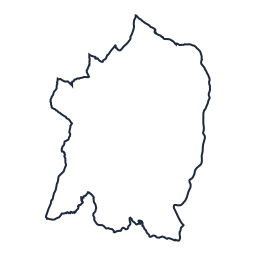 the district of Oiba, Santander, Colombia
{"feature_id": "7082276B26370830430673", "entity_name": "Oiba", "entity_type": "district", "adm_level": 2, "iso_a3": "COL", "parent_name": "Colombia", "parent_adm1": "Santander", "projection": "robinson", "projection_center": [-73.296, 6.231], "detail": "fine", "context": "isolated", "style": "outline", "palette": "slate", "viewbox_px": 256, "rotation_deg": 0, "n_neighbors": 0, "source": "geoboundaries", "source_scale": "gbopen_adm2", "svg_char_len": 5699}
<svg xmlns="http://www.w3.org/2000/svg" viewBox="0 0 256 256"><path d="M182.2,44.8L179.6,45.1L177.2,43.6L176.0,43.6L176.0,44.4L175.0,43.6L174.2,42.4L173.2,41.4L170.1,39.5L168.2,39.1L164.7,39.0L163.7,38.7L163.2,38.1L163.1,37.4L162.3,36.8L161.5,36.8L160.8,35.7L158.4,34.9L156.9,34.0L156.2,33.8L155.9,33.3L155.8,32.5L155.4,32.5L155.0,32.8L154.8,32.7L154.7,32.4L154.6,31.0L155.3,30.3L155.4,29.9L155.3,29.5L154.7,29.0L152.6,27.7L150.6,26.9L150.2,26.6L149.4,25.5L148.8,25.1L145.0,22.9L142.3,20.9L140.7,19.4L140.0,19.2L139.1,18.6L136.3,15.6L135.7,15.4L135.5,17.6L134.2,20.0L133.8,22.5L133.8,25.4L134.0,26.1L133.9,27.6L133.4,29.8L131.6,34.7L130.4,36.9L130.5,38.7L129.8,40.0L127.4,43.1L123.8,46.4L121.1,49.6L120.2,50.3L119.6,50.4L118.6,50.2L117.5,49.3L117.1,48.4L116.3,48.2L115.8,47.5L115.6,45.5L115.4,45.4L115.1,45.5L114.4,46.7L111.0,50.6L108.7,54.1L107.8,55.0L107.4,55.0L107.1,55.4L106.9,56.2L105.6,58.9L103.3,60.3L102.7,61.8L102.4,61.9L101.3,61.7L99.1,60.4L99.0,60.1L97.5,58.3L97.3,58.3L96.7,58.7L95.7,58.7L95.3,58.5L95.5,57.2L94.9,56.8L93.0,56.4L90.0,55.2L89.3,54.6L89.3,57.7L89.7,59.0L89.7,60.0L89.4,61.0L89.5,61.6L89.4,62.8L89.6,63.9L89.3,64.6L89.4,65.1L89.0,65.3L88.7,66.1L88.0,67.9L87.6,68.6L87.5,69.3L86.7,70.4L86.8,72.1L89.0,76.8L88.2,77.2L83.8,77.0L82.4,77.7L80.0,78.0L79.2,78.6L78.1,78.4L77.1,78.5L76.2,79.3L74.4,79.6L73.7,81.2L72.2,81.7L72.0,82.5L72.1,85.3L71.7,84.7L70.8,84.4L70.3,83.9L70.0,82.9L68.8,82.5L67.9,81.5L67.4,81.3L66.1,81.6L65.3,81.6L63.5,80.9L61.7,79.9L60.5,79.0L58.3,79.3L57.7,78.8L57.4,81.8L56.9,82.5L57.3,83.5L57.2,84.4L56.7,85.4L56.6,88.4L55.8,89.7L53.9,91.9L53.1,94.9L51.7,96.7L51.6,97.5L50.6,99.5L50.7,100.9L50.4,101.8L51.0,102.7L51.1,104.8L51.6,105.9L51.7,107.5L53.5,108.7L55.1,109.3L56.2,110.4L57.0,110.6L58.4,112.2L59.7,112.7L61.0,113.9L64.0,115.9L65.8,116.8L66.3,118.0L69.2,119.7L71.0,122.4L72.0,123.4L70.4,126.0L70.3,127.5L69.4,131.4L69.4,132.7L70.0,133.3L70.2,133.9L70.0,136.0L69.0,137.3L68.6,139.1L68.3,139.7L64.6,141.6L64.1,144.6L63.6,145.4L62.2,147.1L62.1,148.2L61.8,148.6L61.7,150.7L61.9,151.5L63.6,151.7L63.8,152.5L64.6,153.0L64.6,154.1L65.0,154.8L64.3,156.2L65.4,158.6L65.3,159.9L65.4,160.5L65.3,161.3L65.6,163.4L66.0,164.3L66.0,165.4L65.1,167.2L63.8,171.1L63.0,172.1L58.9,176.1L58.4,177.4L58.1,180.1L57.6,182.3L56.8,184.0L55.9,189.1L55.5,190.4L53.9,193.5L52.6,199.2L52.4,199.7L51.6,200.1L51.3,200.6L50.7,203.8L48.5,208.9L46.0,216.2L45.9,217.0L46.8,217.8L47.0,218.8L48.1,218.6L49.8,219.2L52.4,219.6L54.7,219.5L56.4,218.3L58.8,217.4L59.9,216.5L60.3,215.7L61.0,215.1L61.5,213.9L61.9,213.5L63.8,213.6L65.4,213.0L66.5,213.2L67.1,212.2L67.5,212.2L69.0,213.2L70.2,213.2L70.4,212.8L70.5,212.0L70.9,211.8L71.8,212.1L72.2,212.7L72.7,212.9L73.6,212.6L73.8,212.1L74.2,211.9L74.5,212.4L75.1,212.3L75.1,212.0L74.9,211.8L75.3,211.6L75.3,212.1L75.7,211.7L76.2,210.6L78.1,208.6L78.1,208.3L78.4,207.9L78.5,206.7L78.1,206.4L78.6,205.2L79.0,205.0L79.7,205.2L80.4,204.9L82.8,202.5L82.9,202.1L82.2,201.7L81.5,200.6L81.7,200.4L82.0,200.4L82.0,200.2L81.5,199.8L81.2,198.7L81.2,198.4L81.8,198.4L81.4,197.9L81.3,197.2L81.5,197.2L82.0,197.6L83.6,197.5L83.6,196.4L84.7,195.8L85.5,195.8L86.0,195.4L86.7,194.1L87.9,193.2L87.8,192.3L87.9,192.2L89.4,192.6L90.2,193.6L90.9,194.1L91.2,194.1L93.7,197.1L93.8,197.7L93.5,198.6L93.9,202.2L95.0,203.7L95.6,205.2L96.2,207.9L95.3,211.5L93.8,213.1L93.3,213.9L93.3,215.7L94.4,217.7L94.3,218.6L94.1,219.2L94.7,220.8L96.8,223.9L98.4,224.9L102.3,225.2L103.7,226.0L105.8,228.2L106.3,228.5L107.8,228.3L108.3,228.1L109.9,228.8L112.2,229.2L113.8,230.8L113.8,232.0L114.1,232.2L114.9,232.3L116.0,231.6L118.0,230.9L120.5,230.9L121.0,230.5L121.6,229.1L122.1,228.4L122.9,227.8L123.6,227.8L125.9,229.3L126.8,229.2L127.7,228.5L127.9,228.1L128.3,226.6L128.7,225.9L129.7,225.1L130.3,224.1L130.4,223.0L129.9,221.6L129.5,218.7L129.7,218.1L130.3,217.7L131.1,218.6L131.5,218.8L132.1,220.5L132.8,221.3L134.6,222.6L135.9,224.1L136.4,224.4L137.0,224.4L138.6,223.5L140.1,223.9L140.5,223.7L140.5,223.2L140.3,222.6L138.5,221.3L138.5,221.0L138.8,220.6L140.3,220.7L142.0,221.5L142.5,222.8L142.6,224.3L142.3,225.4L142.4,225.8L143.4,226.2L143.7,227.4L144.4,228.4L144.4,228.9L144.8,229.4L145.9,230.2L146.7,232.4L147.3,233.2L148.5,234.2L149.2,235.2L149.3,236.2L149.9,236.8L150.6,236.8L151.1,236.7L152.9,235.6L154.3,235.6L155.4,235.9L155.8,236.5L157.1,237.5L159.2,237.7L162.2,236.5L164.8,237.4L165.4,238.0L166.7,238.7L167.3,238.7L167.8,238.3L168.8,238.2L169.9,238.4L174.8,240.4L175.1,239.8L175.4,239.8L177.7,240.6L178.7,240.6L179.4,240.0L180.0,238.1L180.1,237.0L179.6,234.3L179.6,232.0L180.1,231.7L181.1,227.7L181.4,227.2L182.7,226.2L183.5,225.1L181.3,222.7L178.7,218.0L174.9,209.9L174.1,208.5L173.8,207.6L174.0,205.5L174.7,204.9L176.5,205.0L177.3,205.3L180.2,205.3L181.5,204.7L182.4,203.9L185.3,200.5L186.6,197.9L188.5,191.6L189.8,188.6L190.3,187.9L190.6,186.3L190.6,184.3L189.6,182.3L189.4,180.5L189.7,179.8L191.8,178.5L193.0,177.0L194.3,174.2L194.9,171.2L195.3,170.0L195.9,169.0L196.9,167.8L199.7,165.5L200.8,164.4L201.3,163.6L201.6,162.7L201.9,160.6L201.7,155.5L202.3,153.1L202.7,150.6L202.8,147.2L203.2,144.2L204.9,138.0L204.9,137.2L204.6,135.7L203.1,133.3L203.2,132.1L203.7,130.6L203.9,128.0L203.3,122.9L203.4,113.2L204.0,110.6L204.7,109.9L205.6,108.5L207.8,103.2L208.3,100.9L209.6,98.1L209.6,97.4L208.8,95.5L208.7,94.0L209.8,90.6L210.1,88.9L209.9,87.8L209.9,85.7L209.2,84.0L209.2,83.6L209.1,81.6L209.6,80.3L209.5,78.5L208.0,74.7L206.9,73.0L206.3,71.3L205.1,69.3L204.5,67.9L203.2,66.1L201.6,64.3L201.1,63.1L201.3,61.0L201.4,60.5L202.0,59.6L201.9,59.3L201.6,58.6L201.7,56.8L201.5,55.6L200.5,52.4L200.0,51.4L199.2,50.3L196.7,48.0L195.7,46.8L194.2,45.7L192.5,45.4L191.6,44.8L189.1,44.2L186.8,44.5L185.1,44.2L183.5,44.9L182.2,44.8Z" fill="none" stroke="#1e293b" stroke-width="2"/></svg>